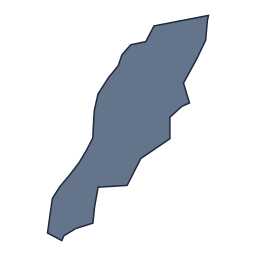 Uiwang-si, Gyeonggi, South Korea
{"feature_id": "91817680B44728384221537", "entity_name": "Uiwang-si", "entity_type": "district", "adm_level": 2, "iso_a3": "KOR", "parent_name": "South Korea", "parent_adm1": "Gyeonggi", "projection": "equal_earth", "projection_center": [126.987, 37.348], "detail": "fine", "context": "isolated", "style": "filled", "palette": "slate", "viewbox_px": 256, "rotation_deg": 0, "n_neighbors": 0, "source": "geoboundaries", "source_scale": "gbopen_adm2", "svg_char_len": 545}
<svg xmlns="http://www.w3.org/2000/svg" viewBox="0 0 256 256"><path d="M189.5,103.0L183.5,83.1L197.2,58.0L205.7,40.1L207.4,20.3L208.5,15.4L154.0,25.9L145.8,41.6L130.9,44.7L128.0,47.9L121.9,54.9L118.2,65.8L108.5,77.6L98.0,94.0L94.3,110.5L94.0,115.1L93.5,123.8L92.8,137.9L86.8,149.7L79.3,162.3L70.4,174.0L59.9,186.6L52.4,198.3L50.2,213.3L47.5,233.0L61.8,240.6L63.9,235.7L75.8,228.5L92.9,223.1L94.6,206.9L98.1,187.2L127.1,185.4L140.8,158.5L169.9,138.7L169.9,117.2L181.8,106.4L189.5,103.0Z" fill="#64748b" stroke="#1e293b" stroke-width="1.5"/></svg>